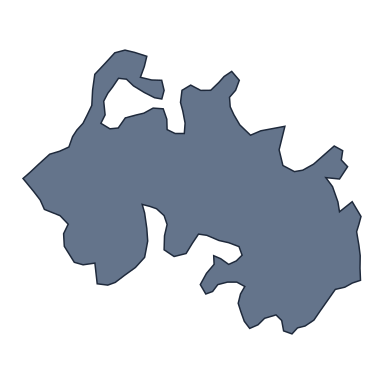 São José do Inhacorá, Rio Grande do Sul, Brazil
{"feature_id": "56859067B50874549869187", "entity_name": "São José do Inhacorá", "entity_type": "district", "adm_level": 2, "iso_a3": "BRA", "parent_name": "Brazil", "parent_adm1": "Rio Grande do Sul", "projection": "orthographic", "projection_center": [-54.127, -27.736], "detail": "fine", "context": "isolated", "style": "filled", "palette": "slate", "viewbox_px": 384, "rotation_deg": 0, "n_neighbors": 0, "source": "geoboundaries", "source_scale": "gbopen_adm2", "svg_char_len": 1949}
<svg xmlns="http://www.w3.org/2000/svg" viewBox="0 0 384 384"><path d="M352.2,201.7L339.5,211.8L337.9,201.9L332.5,186.6L325.8,177.6L339.5,179.0L347.6,166.7L341.3,160.0L342.7,150.7L334.2,146.0L313.5,164.2L302.7,170.2L294.4,171.6L282.9,165.5L279.1,149.8L284.9,126.3L260.8,130.8L250.5,135.2L239.8,124.9L233.9,114.8L230.2,106.8L229.5,97.3L235.6,90.3L239.3,80.3L231.7,71.4L224.1,76.5L218.8,82.5L210.7,90.3L200.7,90.4L190.7,85.1L182.0,90.3L180.5,102.4L182.8,111.1L185.1,123.1L184.3,133.5L175.1,133.5L167.1,129.6L166.8,119.2L163.2,108.8L153.1,108.1L143.8,113.2L136.1,115.0L125.3,117.9L118.2,128.0L109.9,128.8L100.9,123.3L105.1,114.9L103.7,101.2L107.8,93.3L112.4,87.3L118.5,78.3L126.5,79.2L133.5,85.9L144.3,92.5L154.5,97.7L161.8,99.0L164.1,90.4L161.7,80.3L151.7,80.0L140.4,77.3L144.3,66.6L146.8,56.3L134.6,52.4L125.0,50.1L114.8,52.8L106.0,62.4L94.8,74.3L92.6,90.0L91.8,105.4L87.2,115.0L83.0,123.3L76.9,130.0L72.6,136.6L68.9,147.0L59.7,151.2L49.7,154.2L38.7,164.2L30.3,172.1L23.0,178.5L33.6,191.4L40.2,200.0L44.4,209.4L52.4,212.6L60.1,215.7L68.2,224.2L63.6,233.7L64.3,246.3L74.3,262.3L83.1,264.8L94.9,263.1L97.2,283.8L107.8,285.1L115.3,282.4L124.3,275.5L135.4,267.5L144.6,257.4L146.1,249.6L147.7,241.0L146.8,228.4L144.6,212.9L142.2,204.4L149.9,206.4L156.5,208.7L164.1,215.6L167.1,224.5L164.5,235.8L164.1,249.8L174.1,256.5L186.1,253.5L192.4,243.2L198.5,234.1L206.8,235.3L219.0,240.5L228.7,242.7L239.0,246.6L242.1,255.2L236.3,260.9L228.7,264.4L220.7,258.7L213.7,255.7L214.1,264.3L206.5,273.3L200.3,284.6L205.8,294.0L212.6,291.5L217.8,284.6L227.5,282.1L236.8,282.1L244.8,286.5L240.5,294.0L238.2,303.3L240.8,311.5L244.3,321.3L249.7,328.4L258.0,324.8L264.6,318.3L276.0,314.9L281.7,320.5L283.6,330.9L292.0,333.9L297.5,327.9L305.1,326.0L313.9,320.1L320.4,310.6L328.0,299.8L335.3,289.4L344.8,287.2L352.4,283.0L360.5,280.3L360.0,268.3L360.2,255.7L358.9,245.3L356.6,231.7L358.9,224.3L361.0,216.5L352.2,201.7Z" fill="#64748b" stroke="#1e293b" stroke-width="1.5"/></svg>